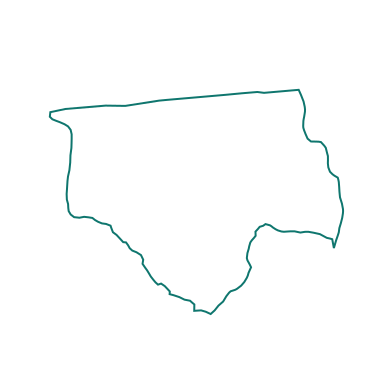 Bomachoge Borabu, Nyanza, Kenya, rotated 189°
{"feature_id": "3690345B98322463475232", "entity_name": "Bomachoge Borabu", "entity_type": "district", "adm_level": 2, "iso_a3": "KEN", "parent_name": "Kenya", "parent_adm1": "Nyanza", "projection": "orthographic", "projection_center": [34.745, -0.906], "detail": "fine", "context": "isolated", "style": "outline", "palette": "teal", "viewbox_px": 384, "rotation_deg": 189, "n_neighbors": 0, "source": "geoboundaries", "source_scale": "gbopen_adm2", "svg_char_len": 2241}
<svg xmlns="http://www.w3.org/2000/svg" viewBox="0 0 384 384"><g transform="rotate(189 192 192)"><path d="M198.1,87.6L194.1,87.2L188.0,86.2L182.6,84.5L176.9,84.3L174.6,82.8L172.1,81.3L171.2,75.0L164.5,76.5L159.7,75.9L154.5,74.4L151.1,78.6L148.1,83.9L144.1,88.7L141.8,94.4L139.6,98.4L138.3,100.0L135.3,101.5L133.8,102.3L132.3,103.5L128.8,107.2L126.3,111.2L124.4,115.9L123.8,118.3L123.5,121.0L121.9,126.9L123.2,128.8L124.3,130.3L126.5,133.1L127.5,135.3L127.7,140.3L127.1,144.8L127.0,147.3L126.5,151.3L125.4,153.6L123.6,156.4L122.3,158.7L123.1,162.8L121.1,165.8L119.7,168.2L116.4,169.8L114.4,171.8L109.8,171.3L108.2,170.6L106.5,169.6L103.6,168.3L101.1,167.5L97.5,167.0L95.0,167.1L92.0,167.8L88.9,168.5L84.5,169.2L78.6,168.9L74.3,170.3L71.0,170.9L65.6,170.8L59.1,170.4L53.7,168.5L51.7,167.8L48.4,167.6L46.1,167.3L43.1,158.8L42.1,166.8L41.3,171.2L41.0,173.1L40.7,175.2L40.8,179.4L40.4,182.3L40.1,184.5L39.6,189.9L39.6,194.5L39.8,196.8L40.2,198.7L42.1,204.0L45.0,209.9L46.4,215.3L46.9,217.6L47.4,219.9L48.6,224.9L49.5,227.3L50.3,229.0L53.9,230.4L56.0,231.5L58.9,233.6L61.2,237.6L62.3,241.6L62.7,244.7L63.4,248.8L64.5,251.2L66.8,256.6L68.7,258.5L72.5,261.5L74.8,261.5L77.3,261.2L82.4,260.5L86.2,262.8L88.9,267.0L91.0,270.6L92.1,272.9L92.5,274.6L93.1,279.6L93.1,281.7L93.0,284.0L93.0,289.0L93.3,291.3L94.0,293.8L96.0,298.9L99.6,305.0L101.1,307.3L102.6,309.6L136.4,301.2L143.1,301.0L157.8,297.4L174.2,293.2L195.1,288.0L230.6,279.2L238.8,277.1L271.4,266.6L290.9,263.8L330.0,254.2L344.4,248.7L344.2,244.1L341.3,242.0L337.5,241.1L333.5,240.3L328.5,239.0L324.7,237.4L321.6,234.4L319.9,230.2L319.2,225.8L318.6,221.4L318.0,216.6L317.8,209.2L316.9,202.1L316.5,194.3L316.9,187.8L316.7,183.4L316.3,179.2L315.9,175.0L315.5,170.4L314.4,164.9L312.5,160.7L311.7,156.9L310.8,153.8L308.3,150.8L304.5,148.7L299.1,149.0L294.7,150.6L290.3,150.8L286.3,150.8L283.5,149.2L280.2,147.9L276.0,146.9L271.9,147.0L267.2,146.0L266.0,143.7L263.8,139.9L259.8,137.8L255.6,134.5L252.1,131.7L249.3,131.9L246.8,129.4L244.7,126.7L241.8,124.8L237.4,123.8L232.5,121.7L229.6,117.5L229.6,113.3L226.4,109.9L224.1,107.6L221.8,104.9L219.5,102.1L216.4,99.2L214.0,97.1L211.1,95.2L208.2,96.7L204.2,94.8L201.2,92.5L198.4,90.3L198.1,87.6Z" fill="none" stroke="#0f766e" stroke-width="2"/></g></svg>